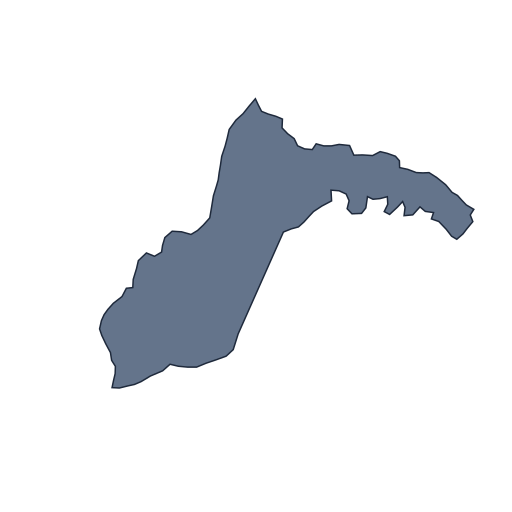 Riacho de Santo Antônio, Paraíba, Brazil, rotated 49°
{"feature_id": "56859067B45417589726630", "entity_name": "Riacho de Santo Antônio", "entity_type": "district", "adm_level": 2, "iso_a3": "BRA", "parent_name": "Brazil", "parent_adm1": "Paraíba", "projection": "robinson", "projection_center": [-36.132, -7.684], "detail": "fine", "context": "isolated", "style": "filled", "palette": "slate", "viewbox_px": 512, "rotation_deg": 49, "n_neighbors": 0, "source": "geoboundaries", "source_scale": "gbopen_adm2", "svg_char_len": 1762}
<svg xmlns="http://www.w3.org/2000/svg" viewBox="0 0 512 512"><g transform="rotate(49 256 256)"><path d="M372.3,69.8L365.6,67.4L363.7,61.0L355.4,63.8L348.9,64.1L342.5,64.2L336.6,66.3L326.8,66.1L315.5,68.1L306.6,70.7L302.8,75.5L298.2,80.3L290.2,84.6L283.5,89.6L278.2,85.3L272.2,85.3L264.6,89.6L258.7,93.8L256.7,102.1L249.6,109.3L244.1,116.0L234.0,112.9L226.3,120.1L222.4,126.8L217.4,132.6L210.8,137.0L212.6,143.7L207.0,149.1L200.1,152.3L192.5,150.2L184.5,151.9L176.4,152.3L170.0,146.2L163.5,149.4L156.8,153.7L150.5,156.9L143.5,155.2L136.9,153.3L138.3,162.6L140.1,172.4L140.3,182.0L142.9,193.2L148.3,200.6L152.8,207.2L158.3,216.5L164.1,223.2L169.1,229.3L173.8,234.6L177.3,240.0L182.6,248.6L189.6,257.0L196.9,265.9L198.1,275.5L198.4,283.4L197.1,290.9L188.9,296.3L182.3,303.0L182.3,312.7L186.7,319.6L191.1,324.7L189.6,332.8L181.8,336.7L182.3,347.8L187.1,354.4L193.1,364.0L199.0,369.7L195.3,375.0L198.7,383.7L198.1,394.7L199.1,402.7L200.6,409.1L203.4,415.1L208.4,421.9L214.8,424.5L223.7,427.0L233.4,429.2L240.0,433.4L247.0,434.5L252.4,439.5L256.5,445.2L260.9,451.0L266.0,445.7L270.0,437.9L273.2,432.0L275.4,425.2L277.3,414.4L281.4,401.8L281.3,391.9L288.3,386.9L295.0,380.5L300.9,373.7L304.2,363.9L308.1,354.4L312.0,344.2L311.7,334.6L303.1,320.6L255.9,219.6L258.7,211.5L261.9,204.9L261.8,197.5L260.9,190.3L260.2,183.4L261.5,173.5L264.0,162.8L255.5,156.2L261.3,150.5L268.4,147.3L275.4,149.5L280.1,156.2L287.1,155.9L293.1,148.4L291.8,141.6L284.3,132.9L289.9,130.5L294.0,124.8L297.4,118.0L303.4,122.6L306.6,130.1L312.3,127.9L311.9,117.1L311.1,109.6L317.1,111.6L322.7,117.8L327.8,110.7L326.5,100.0L333.4,99.0L339.7,93.5L343.1,99.3L349.9,95.4L360.6,94.9L369.4,95.4L375.1,93.5L375.1,85.3L373.7,78.5L372.3,69.8Z" fill="#64748b" stroke="#1e293b" stroke-width="1.5"/></g></svg>